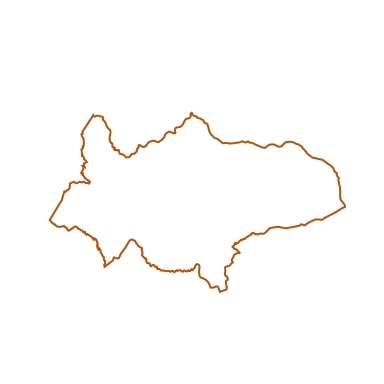 Emiliano Zapata, Tlaxcala, Mexico, rotated 342°
{"feature_id": "50627088B67872726344877", "entity_name": "Emiliano Zapata", "entity_type": "district", "adm_level": 2, "iso_a3": "MEX", "parent_name": "Mexico", "parent_adm1": "Tlaxcala", "projection": "mercator", "projection_center": [-97.939, 19.566], "detail": "fine", "context": "isolated", "style": "outline", "palette": "amber", "viewbox_px": 384, "rotation_deg": 342, "n_neighbors": 0, "source": "geoboundaries", "source_scale": "gbopen_adm2", "svg_char_len": 6025}
<svg xmlns="http://www.w3.org/2000/svg" viewBox="0 0 384 384"><g transform="rotate(342 192 192)"><path d="M121.8,88.5L106.2,101.0L106.2,102.7L104.7,102.9L104.5,104.6L105.2,107.2L105.0,109.5L104.3,111.3L104.2,112.3L103.2,114.6L102.8,114.8L102.2,114.7L102.1,115.8L101.8,116.8L100.1,117.2L100.2,117.7L99.5,119.6L99.3,122.3L98.7,122.7L98.6,124.1L99.8,124.5L99.5,127.4L100.0,128.3L100.8,129.3L101.1,131.0L99.1,131.5L98.1,131.5L97.8,131.7L97.5,132.7L97.7,134.2L97.6,134.9L97.1,134.1L96.0,133.6L96.4,134.7L96.3,135.5L95.4,136.8L94.3,137.8L93.2,139.1L92.5,139.6L92.5,139.9L94.1,140.7L93.0,141.9L94.1,143.4L94.3,145.5L94.9,146.1L95.6,147.4L97.7,149.9L98.0,150.6L97.9,151.1L96.6,152.1L96.1,151.8L95.6,151.1L93.8,150.8L92.4,148.8L90.3,148.8L88.1,147.5L86.1,148.0L84.9,148.0L84.1,147.6L83.1,146.1L82.9,145.9L81.8,145.8L78.4,146.3L77.0,150.1L75.6,151.4L72.8,152.1L71.8,152.8L70.8,152.0L65.5,159.6L48.0,174.7L48.6,175.6L48.7,176.4L49.6,178.4L50.7,179.6L51.1,180.6L51.7,180.6L52.4,182.2L53.1,183.1L54.0,183.8L58.5,184.9L59.6,184.6L60.0,185.0L60.3,186.4L61.5,187.0L61.7,187.5L61.5,188.0L62.2,189.0L62.0,189.9L62.7,190.6L63.6,190.6L66.0,189.7L66.1,189.9L67.6,189.5L69.6,188.7L70.8,188.8L71.6,190.1L72.1,190.3L72.1,191.1L72.3,191.5L73.6,192.6L74.6,194.2L75.4,194.6L76.1,195.9L76.2,196.8L76.7,197.0L77.3,196.6L77.9,197.0L77.6,198.1L78.2,199.9L78.4,200.1L79.2,199.5L80.5,201.0L82.8,203.9L83.8,207.1L84.9,207.3L85.2,207.1L85.2,206.4L85.7,206.8L86.2,207.7L86.3,209.3L86.2,211.5L85.4,213.3L85.9,213.1L84.9,215.8L85.7,216.2L85.0,217.6L85.2,218.1L86.3,218.1L86.6,217.8L86.9,218.8L86.6,221.4L86.7,222.5L87.2,223.6L87.2,225.3L88.0,226.9L87.8,227.9L87.2,229.3L88.1,231.1L86.9,233.7L86.3,233.8L86.0,234.1L85.8,236.1L95.0,232.9L95.9,232.3L96.9,230.7L97.6,230.2L98.1,230.3L98.9,231.1L100.7,232.2L101.9,232.3L102.3,232.1L105.0,228.9L111.5,224.2L116.9,219.5L118.6,218.6L119.9,218.5L122.4,220.5L122.8,221.5L123.1,223.3L124.4,226.7L125.3,228.1L126.9,229.6L127.1,230.1L126.7,230.5L126.2,231.7L126.2,234.5L124.9,236.7L125.7,238.8L126.4,239.6L126.4,240.5L127.3,240.8L127.7,241.1L127.7,241.5L127.2,244.0L127.3,245.2L127.6,245.7L129.1,246.5L129.8,247.2L129.6,249.2L129.8,249.8L130.6,249.8L131.9,249.3L132.9,249.5L133.6,250.5L133.8,251.7L135.0,252.1L135.4,252.4L135.5,252.9L135.1,253.9L135.3,254.4L137.3,255.3L138.4,257.2L138.9,257.5L140.2,257.5L142.6,259.3L145.7,259.9L146.1,260.2L146.6,261.1L147.0,261.3L148.2,260.9L149.1,261.0L149.5,261.4L150.4,262.9L153.0,261.7L153.9,262.6L154.6,262.3L155.2,262.3L157.1,263.0L157.7,264.3L158.2,264.8L159.0,264.9L159.8,264.1L160.3,264.1L161.0,264.7L161.9,265.8L162.8,265.9L164.3,265.3L164.9,266.4L165.7,266.6L166.5,266.3L167.2,265.4L167.5,265.2L168.0,265.4L168.5,266.4L169.1,266.3L171.4,264.5L172.5,263.0L174.2,262.1L174.9,262.3L176.2,263.9L176.2,264.7L175.7,266.3L173.9,270.4L173.3,274.1L173.5,275.2L174.0,276.2L174.5,276.6L175.1,276.7L176.2,278.0L177.3,278.9L178.8,281.1L180.0,284.6L179.9,285.5L180.1,288.7L183.2,289.6L185.1,289.3L186.8,289.6L187.2,289.9L187.5,290.6L187.7,295.5L194.7,295.4L195.4,294.1L196.4,287.9L196.6,287.4L197.2,287.0L198.7,286.6L199.1,285.8L199.2,283.3L199.0,282.9L197.9,281.9L197.8,280.8L197.8,280.3L199.6,276.8L200.0,274.4L200.4,273.8L201.2,273.5L204.2,273.7L205.2,273.4L206.9,272.4L209.1,271.5L208.7,270.3L208.6,269.7L208.9,269.0L209.4,268.3L211.4,266.4L212.5,264.9L215.5,264.1L217.4,264.5L218.0,264.4L218.9,265.1L216.5,260.4L215.1,259.5L213.6,256.8L213.7,256.3L215.4,256.0L216.3,254.8L217.5,255.0L217.5,253.9L218.0,253.9L219.7,254.8L220.4,254.6L221.2,253.8L222.3,253.3L223.8,252.7L224.7,253.1L225.4,252.6L228.6,252.8L229.5,251.9L235.5,250.7L235.7,249.8L237.4,249.7L238.6,250.7L239.2,251.7L239.7,251.6L241.0,252.5L244.3,252.7L246.8,253.7L248.4,253.7L254.8,250.4L262.5,251.4L270.1,255.5L278.7,256.7L284.8,257.2L285.8,256.4L289.0,258.5L293.5,257.1L301.1,256.2L307.2,258.6L310.8,257.5L322.8,255.6L329.9,253.7L332.8,253.6L333.2,251.7L333.1,251.2L331.4,246.2L331.1,245.7L331.1,244.2L331.4,242.5L333.8,234.8L334.3,232.3L334.3,230.5L334.8,227.4L334.7,226.1L336.0,224.0L335.2,222.7L334.9,220.2L335.6,218.9L334.2,217.1L333.8,215.7L333.8,213.1L333.1,211.5L331.5,208.9L329.6,206.8L327.0,202.8L325.7,201.5L317.2,196.5L314.4,192.6L313.4,190.9L312.8,188.6L310.9,184.8L310.4,182.6L307.5,179.3L305.4,178.0L304.3,176.5L302.4,175.3L300.5,174.4L297.3,173.7L295.8,173.8L294.3,174.5L292.6,175.5L290.9,176.3L288.9,175.9L287.7,175.1L285.1,172.4L282.7,171.4L281.6,171.1L279.5,171.1L278.5,171.3L277.5,171.6L276.0,172.5L275.1,172.6L271.9,170.9L270.5,169.4L267.1,166.6L264.5,163.8L262.1,163.0L261.8,162.2L261.1,161.3L260.2,161.2L259.7,161.5L258.8,161.6L256.8,160.6L256.0,159.7L255.2,159.2L252.6,159.5L244.9,158.1L242.3,157.3L239.5,155.8L237.3,155.5L236.1,154.8L234.7,152.5L232.0,148.7L231.1,148.2L229.8,147.1L227.7,142.6L227.2,139.6L227.6,133.5L227.5,132.5L227.1,131.6L226.0,130.7L225.2,129.5L224.8,127.1L224.6,126.7L223.5,126.0L222.8,124.8L220.4,123.4L219.2,121.1L218.4,120.9L217.1,119.9L216.3,118.2L216.3,116.7L216.1,116.5L215.0,117.0L214.7,117.4L214.5,117.8L214.4,119.2L213.6,120.3L212.9,120.7L211.0,120.8L209.3,120.7L208.3,121.0L206.7,122.3L204.4,124.7L202.6,125.9L200.5,126.5L197.3,125.8L196.3,126.1L195.3,127.0L194.7,127.9L194.4,129.0L194.6,130.3L194.2,130.9L192.6,130.6L189.9,128.0L188.8,127.6L187.0,127.8L185.3,128.3L183.8,129.6L182.7,131.2L178.8,133.4L177.5,133.5L175.9,134.2L174.9,134.0L171.9,131.7L170.8,131.2L167.9,131.0L165.2,131.7L162.8,133.7L161.3,134.3L159.3,134.0L157.7,132.4L157.1,131.5L156.6,131.1L155.8,131.0L155.5,131.2L155.1,132.9L153.0,134.2L151.9,136.3L148.9,137.8L146.7,137.2L145.7,137.5L145.0,138.4L143.0,139.3L140.0,138.8L138.5,135.5L135.2,133.4L134.9,130.5L135.3,129.6L131.3,128.1L131.1,127.6L131.3,127.0L131.9,126.8L132.2,126.3L132.1,125.7L130.7,125.1L130.3,123.6L131.1,122.0L131.0,120.9L130.1,120.2L130.1,119.3L129.5,118.5L129.6,118.0L130.4,114.8L132.8,110.5L133.3,108.2L132.9,107.1L132.2,106.1L131.6,104.6L131.1,101.3L131.2,99.9L130.3,96.9L129.5,95.6L130.4,93.6L130.3,93.3L129.9,92.7L125.6,90.1L124.9,90.0L122.9,90.3L121.8,89.1L121.8,88.5Z" fill="none" stroke="#b45309" stroke-width="2"/></g></svg>